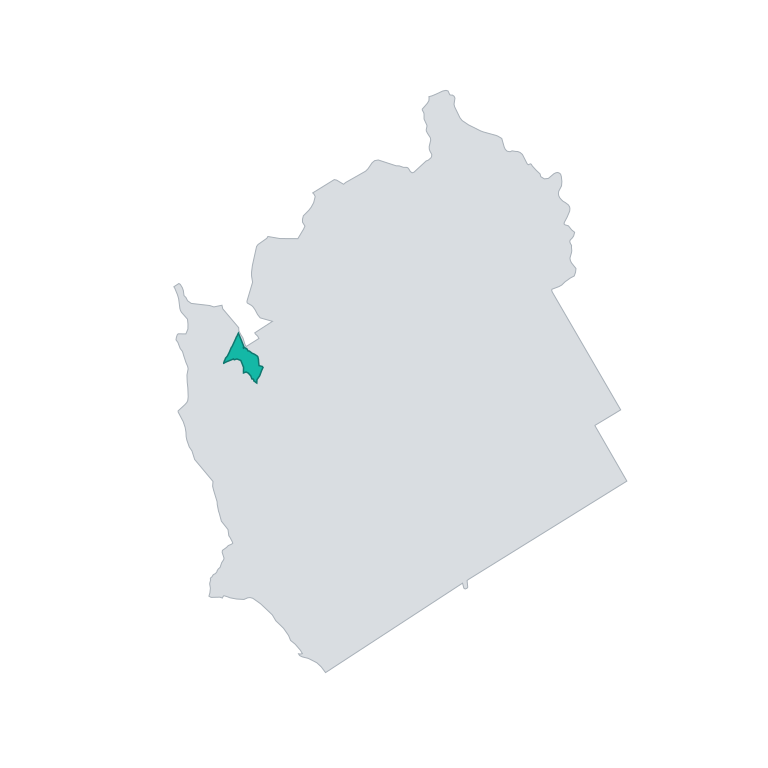 location of Ad Dali, Sennar, Sudan, rotated 147°
{"feature_id": "16777658B21682317034415", "entity_name": "Ad Dali", "entity_type": "district", "adm_level": 2, "iso_a3": "SDN", "parent_name": "Sudan", "parent_adm1": "Sennar", "projection": "orthographic", "projection_center": [33.523, 12.54], "detail": "fine", "context": "in_parent", "style": "filled", "palette": "teal", "viewbox_px": 768, "rotation_deg": 147, "n_neighbors": 0, "source": "geoboundaries", "source_scale": "gbopen_adm2", "svg_char_len": 5081}
<svg xmlns="http://www.w3.org/2000/svg" viewBox="0 0 768 768"><g transform="rotate(147 384 384)"><path d="M507.3,580.0L501.3,580.0L500.6,578.5L500.7,574.6L501.4,571.7L503.6,567.0L503.0,564.4L503.4,560.8L501.8,556.6L487.4,544.7L484.7,541.3L477.0,538.3L478.3,534.9L475.2,510.4L476.8,507.6L477.2,503.3L477.2,499.5L479.0,493.2L479.2,490.5L464.1,490.3L463.9,493.0L464.6,496.1L464.5,497.3L443.4,497.3L451.8,506.9L452.2,511.1L451.7,516.4L451.8,519.8L452.3,522.0L454.5,526.3L454.4,527.1L453.8,528.1L438.8,540.9L436.2,546.8L434.2,549.9L429.8,555.1L416.0,568.7L413.7,569.6L403.2,570.0L402.2,570.3L401.4,570.9L400.9,570.8L392.0,562.6L377.1,552.8L367.1,557.7L364.3,559.5L364.2,564.1L362.7,566.5L360.0,569.0L352.6,570.6L348.8,571.9L344.2,574.4L339.6,578.7L339.3,581.0L339.7,583.1L314.4,582.5L312.7,580.8L309.1,573.5L306.5,573.9L283.5,572.5L280.2,573.2L273.5,576.0L270.2,576.4L266.8,575.0L255.0,560.4L252.4,558.6L249.7,555.1L247.2,553.5L246.3,552.4L246.1,550.9L246.2,547.8L245.4,545.8L243.5,545.3L227.2,548.1L224.9,547.6L221.5,548.1L220.3,548.7L218.9,550.5L218.6,554.4L218.1,556.3L216.8,558.5L212.0,563.1L211.0,565.2L211.0,570.5L210.7,573.2L209.9,574.5L207.9,576.4L207.1,577.6L206.1,584.4L203.5,588.4L202.9,589.8L202.7,592.8L202.2,593.7L194.8,595.8L192.0,597.2L190.3,599.5L189.9,600.5L186.7,599.5L182.8,598.8L175.1,597.7L172.1,596.5L170.7,594.9L171.3,590.8L170.5,589.8L169.3,589.1L168.5,587.2L168.8,585.1L172.9,580.5L173.8,578.0L175.3,566.0L175.0,562.4L172.1,555.5L165.1,543.6L163.4,541.3L154.6,531.4L153.6,530.0L151.5,525.8L154.2,517.1L154.5,514.7L153.9,512.1L151.7,510.1L149.6,509.8L147.0,507.4L145.3,506.2L143.8,504.1L142.9,501.1L144.0,490.7L143.6,489.3L141.3,488.9L140.8,488.1L140.9,486.1L139.9,480.1L138.7,475.2L139.6,472.5L137.8,468.7L134.2,466.9L126.9,467.8L124.7,467.5L123.1,466.8L122.1,465.4L121.6,463.8L122.3,461.4L124.5,457.0L127.2,453.5L132.6,450.4L134.0,448.7L134.9,446.8L135.2,444.6L134.9,442.2L134.4,440.0L133.0,437.1L131.8,433.7L131.9,431.4L132.6,429.8L134.1,427.9L139.4,424.3L144.8,421.3L145.8,420.2L145.5,418.9L143.2,416.2L142.7,411.0L141.5,407.4L144.3,404.9L146.3,404.0L149.5,403.3L150.7,402.2L151.2,400.1L151.2,398.1L152.3,396.6L154.0,393.4L155.3,392.0L159.5,388.3L160.5,385.9L160.8,383.5L160.1,376.3L162.5,373.4L165.6,371.0L169.9,371.4L176.5,371.1L181.0,370.2L184.2,370.4L191.5,372.0L192.3,371.4L192.8,369.5L199.6,233.4L229.4,234.4L229.8,234.2L233.2,170.3L419.8,174.1L421.4,173.9L424.4,168.0L425.7,167.5L427.6,167.9L428.2,169.3L426.6,174.2L590.2,173.8L590.7,181.1L592.2,186.9L597.0,195.2L601.1,199.6L602.6,202.1L602.7,203.2L602.6,204.3L601.3,203.1L599.3,202.3L599.1,206.2L600.2,214.2L602.0,219.8L601.0,225.0L601.3,233.9L603.7,244.4L603.4,251.2L607.2,266.9L610.7,275.7L612.6,277.8L614.7,278.9L618.8,279.6L624.8,284.0L629.6,288.6L631.3,291.0L633.6,293.7L635.1,293.2L636.1,292.5L637.7,294.6L645.2,299.2L646.4,301.4L643.8,303.6L640.8,307.3L639.3,310.8L638.6,311.9L636.1,314.1L635.8,315.2L634.7,315.9L633.5,315.9L631.0,317.1L628.7,316.8L626.4,317.5L625.6,318.3L623.8,319.1L621.3,319.5L617.5,322.5L614.1,324.0L613.0,325.1L611.4,331.0L610.1,332.5L605.1,332.7L602.6,333.3L599.3,332.7L597.6,332.8L597.2,334.0L596.7,339.0L596.8,341.2L594.1,346.9L595.1,357.5L592.5,365.5L592.1,367.3L589.5,373.7L588.1,376.1L584.7,387.9L583.4,391.6L580.5,395.4L583.9,423.8L581.5,432.5L581.6,437.3L579.9,444.3L578.6,447.6L576.3,451.5L574.4,455.9L572.9,461.7L571.9,472.6L571.3,473.6L562.3,475.1L559.4,475.9L557.5,477.1L555.2,479.9L550.6,487.6L548.2,492.4L544.4,498.8L540.0,503.4L539.1,505.6L538.4,509.8L536.7,516.3L535.3,521.0L535.6,524.7L534.2,531.2L534.4,534.3L532.8,536.1L530.7,537.8L529.3,538.2L522.9,533.9L518.5,536.9L515.7,541.1L513.5,545.4L514.8,554.3L514.7,556.3L514.1,558.4L509.8,567.3L508.6,571.3L507.3,578.3L507.3,580.0Z" fill="#d9dde1" stroke="#a8b0b8" stroke-width="1"/><path d="M495.8,469.8L493.1,469.2L491.9,467.1L491.3,463.3L491.9,460.7L492.4,459.9L492.3,460.0L491.7,459.9L491.3,459.8L491.1,459.7L491.0,459.3L490.9,458.8L491.3,457.8L491.5,457.5L491.4,457.2L491.1,456.7L490.6,455.0L490.4,454.6L490.3,454.3L490.2,454.1L488.2,456.8L483.8,458.6L479.1,462.1L478.1,462.7L476.4,463.8L476.6,464.6L476.5,464.9L476.6,465.0L478.8,467.5L477.1,470.9L475.9,473.0L475.0,475.5L475.1,476.5L476.4,479.5L477.6,481.3L477.9,481.7L478.3,483.0L478.5,483.4L478.9,484.8L480.1,486.0L479.8,487.6L480.1,488.8L480.5,488.8L480.9,490.4L481.0,490.6L482.3,490.6L482.2,491.1L482.0,491.3L481.8,491.4L481.6,491.6L481.4,491.8L481.3,492.0L481.1,492.1L481.0,492.5L480.8,493.6L480.4,495.5L480.2,496.6L479.9,497.8L479.3,501.3L478.4,506.0L478.6,505.9L480.5,504.7L481.2,504.2L482.1,503.9L484.1,502.5L485.2,501.8L491.1,498.1L491.7,497.9L492.0,497.9L495.8,495.3L496.4,494.9L500.2,492.7L502.7,492.0L502.8,492.0L504.2,490.9L505.2,490.4L505.5,490.2L506.5,489.3L506.7,489.2L506.9,489.0L506.9,488.9L507.0,488.9L507.1,488.7L506.7,488.6L505.4,488.6L504.9,488.5L504.1,488.4L503.9,488.4L501.5,487.9L498.9,487.4L496.6,487.0L496.4,485.9L493.7,485.1L492.2,483.0L491.3,481.8L491.3,481.7L491.9,478.4L492.5,475.6L492.6,475.2L492.5,474.8L492.9,474.2L494.2,472.3L495.2,470.8L495.8,469.8Z" fill="#14b8a6" stroke="#0f766e" stroke-width="1.5"/></g></svg>